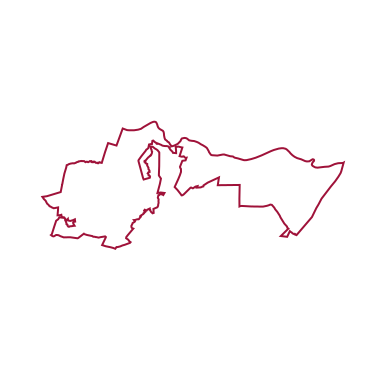 Santa Mare, Botosani, Romania, rotated 322°
{"feature_id": "2599482B82082933553236", "entity_name": "Santa Mare", "entity_type": "district", "adm_level": 2, "iso_a3": "ROU", "parent_name": "Romania", "parent_adm1": "Botosani", "projection": "robinson", "projection_center": [27.269, 47.633], "detail": "fine", "context": "isolated", "style": "outline", "palette": "rose", "viewbox_px": 384, "rotation_deg": 322, "n_neighbors": 0, "source": "geoboundaries", "source_scale": "gbopen_adm2", "svg_char_len": 6031}
<svg xmlns="http://www.w3.org/2000/svg" viewBox="0 0 384 384"><g transform="rotate(322 192 192)"><path d="M247.9,290.3L271.1,285.6L280.1,281.2L284.0,279.7L290.0,277.0L305.0,273.1L311.4,271.7L316.7,270.1L320.7,268.6L322.5,267.5L329.6,262.2L329.0,262.1L328.0,261.5L324.9,259.3L321.5,257.8L317.0,256.7L315.2,256.0L312.0,253.8L305.9,250.1L304.4,248.6L304.0,247.9L303.1,245.6L303.2,244.3L304.3,243.4L305.9,242.8L307.0,242.7L307.6,242.3L307.9,241.9L307.9,241.4L307.4,240.6L306.9,240.4L303.3,240.0L301.4,238.7L300.2,237.3L298.2,233.5L295.7,230.0L294.5,227.4L293.8,224.9L293.4,222.2L293.4,220.6L292.9,217.1L292.4,215.6L290.9,213.7L289.5,212.6L287.1,211.2L282.4,209.3L279.4,208.4L269.4,206.0L263.3,204.2L258.9,202.5L254.7,200.5L253.1,199.4L252.3,198.6L248.8,193.7L246.9,191.4L246.6,190.9L246.2,189.4L245.9,189.0L244.1,187.3L240.4,182.2L239.3,181.4L234.4,178.9L230.4,175.3L229.8,174.2L230.0,170.9L230.3,170.2L230.8,166.7L230.7,165.9L230.2,164.2L229.3,161.8L228.4,159.9L227.5,157.2L226.6,155.5L225.1,153.2L223.2,151.4L221.6,149.6L220.9,146.7L220.4,145.8L219.3,144.7L217.0,143.6L215.9,143.9L214.2,144.8L210.4,145.3L206.6,144.5L204.2,143.6L204.1,142.7L204.0,141.1L204.3,139.3L204.3,138.6L203.7,137.1L203.8,136.4L203.2,134.1L203.3,133.6L203.7,132.4L204.7,130.4L206.0,128.4L206.6,127.1L206.7,126.4L206.7,125.8L205.4,122.6L205.2,121.9L205.1,120.4L205.5,118.9L206.2,117.2L206.6,115.3L206.6,114.8L206.1,113.9L205.3,113.2L204.2,112.7L201.9,112.1L194.0,111.0L190.7,110.8L187.9,109.7L184.2,107.6L180.3,104.5L178.9,103.2L176.5,99.3L161.1,108.9L156.0,101.8L148.1,107.0L138.8,113.5L138.2,112.9L137.8,112.0L137.4,111.5L136.7,111.4L136.3,111.7L135.7,111.6L135.2,111.0L135.3,110.6L134.2,109.8L134.2,109.1L133.8,108.7L133.9,108.1L133.4,107.6L133.2,107.5L133.1,107.8L132.6,107.8L131.5,106.9L131.3,106.5L131.8,106.2L131.7,105.6L130.9,105.2L130.6,104.8L128.8,104.7L128.3,104.3L128.1,103.7L127.7,103.3L126.6,103.0L126.6,102.7L126.1,102.1L126.1,101.4L124.8,100.2L124.3,100.0L123.9,99.4L122.4,98.6L121.5,98.3L121.3,98.0L120.7,98.1L119.2,97.4L118.3,97.5L117.8,97.2L117.0,97.0L116.5,96.7L116.0,96.1L113.9,94.9L112.0,94.2L110.9,94.1L109.8,93.7L107.9,95.3L102.8,98.9L98.3,102.7L95.0,105.6L94.9,105.8L94.1,106.1L93.7,106.7L88.5,111.2L75.1,106.0L71.1,103.7L71.0,104.7L71.1,105.6L70.9,106.2L71.3,108.8L71.0,109.7L71.0,110.3L70.7,111.6L70.7,112.4L71.0,113.5L71.0,115.6L71.4,116.0L72.1,118.0L72.5,118.5L72.8,119.4L73.6,120.0L77.0,121.7L75.5,123.5L71.7,127.6L73.9,129.1L75.0,129.5L74.0,131.5L75.4,133.0L75.7,133.4L75.6,135.1L75.5,135.5L75.1,136.1L75.2,136.3L75.8,136.4L76.0,137.1L77.6,136.8L76.8,138.1L78.3,139.9L81.1,141.0L82.9,141.4L81.7,143.4L80.3,142.7L79.7,142.8L79.3,143.1L78.9,144.5L78.7,146.3L77.9,145.8L77.7,145.4L77.1,145.4L75.4,144.4L74.8,143.9L73.9,143.8L73.4,143.4L73.2,143.1L73.2,142.4L73.2,142.0L73.6,141.5L73.4,141.1L73.6,140.4L73.3,140.0L73.9,139.1L74.6,136.9L74.6,136.3L75.3,135.4L75.5,133.9L71.9,130.3L69.7,131.1L67.3,131.0L62.2,134.4L55.8,138.8L55.2,139.1L54.4,139.1L54.8,140.6L55.3,141.5L55.9,141.9L58.4,142.2L59.1,142.7L60.3,144.0L61.1,145.8L63.0,148.8L68.1,152.6L73.3,158.0L73.9,158.2L81.1,158.3L81.1,158.7L82.7,161.1L86.4,165.5L86.6,166.4L87.9,167.5L88.2,168.1L88.8,168.6L90.4,170.5L92.0,171.2L96.2,173.5L96.4,174.5L95.9,174.8L88.5,178.5L90.6,181.6L93.9,185.5L95.6,187.8L96.6,189.5L98.6,188.9L99.5,189.6L102.0,190.7L104.3,191.3L106.5,192.2L111.8,193.9L112.7,193.7L112.3,192.3L112.4,190.3L111.6,187.9L112.4,187.1L114.7,186.5L123.2,184.7L122.6,183.7L122.5,183.3L122.6,182.6L123.3,181.4L125.4,180.4L126.1,179.9L128.3,180.2L129.0,180.0L129.0,178.4L129.9,179.0L132.1,179.8L132.9,180.5L133.4,180.7L134.2,180.4L136.3,180.0L136.1,179.4L136.6,179.0L140.1,179.4L140.5,179.2L140.9,179.2L140.9,178.9L142.7,178.9L142.7,177.5L143.0,177.4L143.0,177.1L143.9,176.9L144.3,177.9L144.7,178.7L145.8,178.4L148.5,179.0L147.8,180.0L148.1,180.3L147.7,181.0L147.5,182.7L147.7,183.4L147.8,184.5L148.9,184.9L151.2,181.6L155.3,182.7L156.8,182.0L157.7,181.0L159.0,180.0L159.9,178.6L161.2,177.2L161.5,175.5L163.6,173.8L164.2,174.2L164.8,174.1L166.0,174.4L167.0,175.6L167.4,176.4L167.5,176.7L169.7,175.8L167.0,173.1L164.2,171.5L171.6,165.9L175.8,162.3L176.0,159.1L176.2,158.4L182.1,151.4L189.8,141.7L190.6,140.6L190.6,139.0L190.6,138.0L190.2,136.5L189.6,135.1L188.9,132.3L187.3,130.6L186.7,132.0L186.3,132.6L186.1,133.8L185.4,135.0L185.4,135.7L183.8,137.1L182.8,137.3L182.5,137.7L181.9,137.7L181.7,137.8L181.6,137.6L181.0,137.6L180.0,137.8L178.7,137.8L174.8,138.6L174.2,138.4L173.5,138.4L173.2,139.0L173.7,139.3L173.8,139.9L173.2,140.5L173.1,140.8L174.0,142.3L173.7,142.7L173.0,143.5L172.6,146.1L171.8,147.1L171.7,148.9L170.9,150.1L170.0,149.6L168.5,150.1L168.7,151.4L168.0,152.2L168.6,153.3L168.3,154.2L167.5,154.8L161.6,152.4L162.1,150.7L168.8,134.8L169.2,134.2L169.8,133.9L174.2,132.6L180.8,131.0L182.0,130.5L183.1,130.6L184.6,130.5L187.4,128.1L189.1,128.9L189.9,129.6L192.3,127.3L193.1,127.6L193.4,129.3L193.4,129.7L194.0,131.1L193.8,131.9L194.0,132.5L194.3,132.7L194.8,132.5L196.8,136.0L197.2,137.2L198.6,138.8L200.5,140.4L201.4,141.6L201.6,142.7L201.9,143.1L201.2,143.3L201.0,145.5L201.4,148.2L201.1,149.4L203.4,151.6L204.7,149.9L206.9,146.5L209.2,147.8L211.0,150.1L211.8,151.0L204.3,156.1L205.6,157.8L206.1,158.2L207.1,158.5L207.6,159.2L207.5,159.8L207.7,160.6L208.1,161.2L208.8,161.6L206.4,163.1L203.6,161.5L203.2,161.7L198.0,164.8L197.6,165.8L197.5,167.0L195.7,169.4L192.8,171.3L189.1,173.4L181.4,177.4L181.8,181.5L181.8,186.5L181.7,188.2L182.5,188.7L184.0,188.8L193.6,187.7L194.1,188.0L194.8,189.5L195.1,189.7L198.1,189.9L199.9,190.7L198.5,191.5L201.5,193.6L202.5,194.0L203.4,194.1L204.4,194.6L205.2,193.9L210.2,194.3L222.2,197.1L216.5,202.5L219.5,204.8L233.9,215.8L225.2,226.5L220.5,232.6L221.3,232.8L222.6,233.6L229.8,239.9L238.9,247.2L242.5,249.0L244.3,249.7L245.9,250.1L247.0,251.3L247.2,255.0L246.9,256.9L247.0,260.1L246.6,264.5L246.4,265.4L246.1,266.4L245.3,273.7L245.6,277.7L245.1,278.9L245.4,280.2L234.9,281.4L239.4,285.9L245.0,283.1L245.1,284.0L245.6,285.1L245.8,286.6L247.0,289.0L247.4,288.7L247.9,290.3Z" fill="none" stroke="#9f1239" stroke-width="2"/></g></svg>